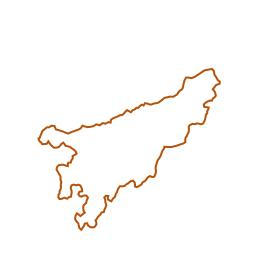 the district of Brejetuba, Espírito Santo, Brazil, rotated 49°
{"feature_id": "56859067B87689209287898", "entity_name": "Brejetuba", "entity_type": "district", "adm_level": 2, "iso_a3": "BRA", "parent_name": "Brazil", "parent_adm1": "Espírito Santo", "projection": "albers", "projection_center": [-41.297, -20.107], "detail": "fine", "context": "isolated", "style": "outline", "palette": "amber", "viewbox_px": 256, "rotation_deg": 49, "n_neighbors": 0, "source": "geoboundaries", "source_scale": "gbopen_adm2", "svg_char_len": 3474}
<svg xmlns="http://www.w3.org/2000/svg" viewBox="0 0 256 256"><g transform="rotate(49 128 128)"><path d="M141.1,25.7L138.5,25.9L134.7,32.5L133.2,43.8L132.1,47.3L130.1,48.8L128.1,50.9L128.9,53.7L131.0,56.9L133.5,60.1L134.3,61.8L133.9,63.6L133.9,65.8L134.9,68.7L134.6,70.8L134.1,73.3L131.6,76.1L130.4,78.6L129.4,80.1L129.1,81.8L129.2,83.6L128.8,88.5L128.0,90.1L126.4,92.6L125.6,95.0L124.4,96.3L122.7,97.1L120.4,98.9L121.2,101.5L119.4,102.3L119.2,105.0L119.5,107.3L118.2,108.4L118.4,111.0L117.6,112.8L118.0,115.5L113.9,117.0L114.0,119.0L114.4,121.8L114.4,123.7L113.1,125.7L112.5,128.2L111.7,130.4L110.9,132.9L110.6,135.4L112.5,137.6L110.8,138.8L109.9,142.3L107.6,144.0L107.5,147.4L104.5,149.5L103.9,153.0L102.1,156.1L101.0,157.8L98.5,159.6L96.4,160.8L97.2,164.0L96.6,166.6L95.6,169.0L95.1,170.8L94.2,172.5L93.0,176.8L89.9,178.5L88.0,179.4L84.0,181.8L81.9,183.3L78.1,182.2L76.0,184.4L75.7,187.2L74.4,188.5L74.2,190.2L74.2,192.2L74.0,194.1L75.3,196.9L76.4,199.2L77.5,200.8L77.2,202.5L79.9,203.5L82.2,203.0L83.8,203.4L85.7,201.2L86.7,199.3L85.8,196.9L90.4,197.4L92.3,197.1L94.3,196.7L96.0,194.8L97.0,192.4L96.4,189.0L96.6,186.5L98.8,186.5L100.5,186.8L102.5,185.3L104.3,184.2L106.3,183.8L108.6,183.2L111.2,182.8L113.7,183.7L113.4,185.4L112.8,188.2L114.7,189.6L115.3,192.0L116.6,193.8L115.0,195.9L115.9,197.3L117.2,198.4L115.1,199.9L113.1,201.0L111.6,203.2L110.6,204.9L110.9,206.9L112.3,209.1L114.2,209.5L117.6,210.2L120.2,210.6L122.5,212.7L125.2,213.8L126.5,215.8L128.6,217.4L129.8,218.7L130.7,221.0L132.3,222.3L132.9,224.4L134.5,226.0L136.7,226.3L138.0,224.5L138.9,221.7L141.4,220.4L141.5,217.8L142.4,216.0L141.0,214.3L139.4,212.5L137.7,211.5L136.2,211.0L134.8,209.5L134.3,207.4L135.5,205.8L137.3,204.7L138.0,202.8L139.9,201.7L142.1,202.2L144.3,203.0L145.7,204.1L144.3,206.5L145.2,208.8L147.3,209.2L149.1,208.4L150.0,205.6L151.8,203.7L154.4,204.0L155.5,206.6L157.1,208.7L157.1,212.0L158.3,213.7L161.1,215.8L163.6,216.2L163.4,218.4L163.2,221.7L161.2,222.0L158.9,222.5L159.8,225.2L161.8,227.5L164.2,228.1L167.4,228.1L169.6,229.3L171.6,230.3L174.2,230.0L173.6,228.2L173.0,225.6L171.8,223.3L173.1,221.3L175.1,222.0L177.6,221.6L179.1,220.6L180.7,218.7L180.5,216.7L179.9,215.0L178.3,213.8L176.4,213.1L176.1,211.3L175.3,208.7L175.2,205.8L174.4,203.2L175.6,201.4L174.2,199.5L173.4,197.4L172.0,195.0L169.1,193.7L167.0,192.1L164.8,191.4L164.7,189.1L166.3,187.5L167.3,189.0L168.9,190.0L170.8,189.3L172.4,188.7L171.4,185.7L171.5,183.3L170.0,180.7L168.9,178.1L167.3,175.2L166.7,172.1L168.5,170.4L169.5,168.6L169.4,166.3L169.9,163.9L169.8,160.9L171.1,158.7L173.5,158.7L175.3,159.8L176.7,161.1L178.4,160.2L179.2,157.0L179.4,154.5L178.6,152.7L179.1,150.5L179.0,148.3L178.2,145.9L178.7,142.9L180.8,142.0L182.0,140.1L180.3,136.8L178.8,134.9L177.3,134.3L175.7,132.8L174.4,131.1L172.7,128.3L171.7,126.3L171.2,123.8L170.0,120.9L168.8,118.9L167.6,116.4L167.1,114.2L166.0,112.8L167.7,111.2L169.2,109.7L170.8,107.7L172.6,104.3L174.2,100.7L175.2,98.1L176.0,96.4L176.3,94.0L174.5,92.6L173.0,90.8L172.7,89.0L171.7,87.1L170.8,84.8L168.8,82.7L167.2,81.6L166.3,79.9L167.1,76.7L169.2,74.8L169.8,72.8L171.3,71.7L173.0,70.5L173.9,68.4L172.9,65.9L172.1,64.3L170.4,62.0L168.9,60.4L168.9,58.6L167.3,57.2L166.7,55.4L165.5,53.7L163.9,55.0L162.1,56.6L160.0,55.4L159.8,53.6L160.2,50.6L161.2,47.9L162.4,46.7L161.5,44.8L161.6,42.8L161.3,40.6L158.6,39.1L157.0,38.7L154.4,38.6L154.0,36.3L153.4,33.3L154.7,29.7L153.1,28.3L150.7,28.8L148.1,28.2L144.6,27.8L141.1,25.7Z" fill="none" stroke="#b45309" stroke-width="2"/></g></svg>